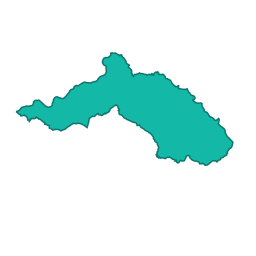 the district of Boita, Sibiu, Romania, rotated 231°
{"feature_id": "2599482B22566018215813", "entity_name": "Boita", "entity_type": "district", "adm_level": 2, "iso_a3": "ROU", "parent_name": "Romania", "parent_adm1": "Sibiu", "projection": "equal_earth", "projection_center": [24.183, 45.583], "detail": "fine", "context": "isolated", "style": "filled", "palette": "teal", "viewbox_px": 256, "rotation_deg": 231, "n_neighbors": 0, "source": "geoboundaries", "source_scale": "gbopen_adm2", "svg_char_len": 5915}
<svg xmlns="http://www.w3.org/2000/svg" viewBox="0 0 256 256"><g transform="rotate(231 128 128)"><path d="M210.9,58.3L210.2,54.8L210.5,52.8L211.0,52.2L210.6,51.5L207.8,51.9L205.4,52.7L205.0,52.3L204.2,53.2L203.6,54.9L203.1,55.2L203.2,55.6L200.2,56.4L198.8,56.0L197.6,55.1L196.0,55.5L196.1,56.0L195.3,55.6L195.8,57.9L195.9,58.1L196.3,58.1L196.2,58.6L196.1,59.0L195.5,59.5L195.3,60.1L194.6,60.5L193.7,62.3L194.0,62.6L194.3,63.7L191.8,64.2L191.8,64.4L190.9,64.4L190.9,64.9L189.7,65.4L186.8,65.7L184.6,66.6L183.5,65.6L183.0,65.9L182.2,66.8L180.9,67.2L179.4,68.3L177.5,66.8L175.7,67.9L173.5,68.3L172.9,70.3L170.8,72.9L167.9,74.1L167.8,75.3L166.7,78.2L166.7,82.2L166.3,84.4L166.3,86.2L166.0,87.9L166.2,88.5L165.2,89.1L164.3,90.0L164.0,90.6L163.3,91.4L163.2,92.2L160.6,94.3L157.7,95.6L154.1,96.5L157.6,101.5L158.5,102.3L159.9,104.2L159.7,104.4L159.6,107.0L159.3,108.0L158.1,109.1L158.4,112.2L158.0,113.9L156.9,113.5L155.3,114.9L154.4,115.3L154.1,116.2L154.0,118.3L153.1,119.5L153.7,119.7L153.3,120.0L153.4,120.4L152.7,121.8L152.6,122.9L153.0,123.4L152.8,123.7L153.0,124.3L152.9,124.6L153.9,125.8L154.0,127.1L154.0,128.5L153.8,129.9L154.0,130.6L153.2,133.6L152.7,133.4L150.9,133.7L149.9,133.0L147.8,133.0L147.8,132.8L148.0,132.1L147.9,131.5L146.3,131.4L144.7,130.1L143.9,129.9L143.2,130.5L142.6,130.7L142.1,131.3L138.2,131.4L137.1,131.8L136.0,132.5L134.9,132.6L134.3,133.4L133.4,133.5L132.5,134.2L131.3,134.5L130.5,135.2L129.6,135.4L128.7,135.9L128.3,136.5L127.7,137.1L126.8,137.4L125.6,137.4L124.4,136.7L124.1,136.7L123.7,137.1L123.3,138.5L123.0,138.8L120.5,138.4L117.8,139.5L115.5,139.9L112.4,141.3L111.4,141.2L110.4,141.9L109.2,141.9L108.3,142.4L106.7,142.0L104.9,142.1L104.4,141.8L103.7,141.0L103.2,140.9L102.0,141.4L101.2,140.7L100.4,140.5L98.4,141.4L97.9,141.4L97.2,140.6L93.5,139.6L93.2,139.3L93.0,138.7L92.6,138.0L91.4,136.9L91.0,136.4L91.0,135.4L89.9,134.5L89.4,134.3L89.5,133.1L89.0,132.9L88.4,133.6L87.8,133.8L87.7,133.6L87.8,132.5L87.3,132.4L86.9,132.5L86.5,133.0L85.3,133.1L85.4,134.0L84.3,134.1L84.2,135.0L83.4,135.4L83.0,136.2L80.7,137.7L80.7,138.7L80.3,140.6L79.5,141.2L79.3,142.0L76.7,142.9L75.7,143.0L75.5,143.4L74.7,143.6L74.0,144.3L73.7,144.3L72.6,143.7L72.5,144.0L72.8,145.0L72.6,145.2L71.7,144.5L70.2,144.3L69.3,145.1L69.1,145.7L69.5,146.3L69.5,147.1L69.9,147.8L69.8,148.3L69.5,148.6L68.6,148.9L67.9,150.0L67.3,150.6L67.2,151.1L67.3,151.7L67.9,152.7L68.1,153.4L69.4,156.0L69.2,156.9L68.6,157.7L67.2,157.9L65.9,157.3L62.9,157.7L60.6,158.8L59.6,159.9L58.0,161.0L57.4,161.6L56.7,161.7L55.4,161.2L54.8,161.2L54.4,162.1L53.6,162.9L53.9,163.7L53.7,163.9L53.2,164.2L52.5,164.2L51.8,164.5L50.6,164.4L49.4,166.2L49.2,166.9L49.2,168.0L49.3,169.2L49.3,170.2L49.4,170.7L49.4,172.6L49.2,173.2L47.8,174.7L47.8,175.2L47.4,175.5L46.9,175.8L46.2,175.5L45.6,175.9L45.9,177.6L45.7,178.9L45.4,179.5L45.5,180.5L45.7,180.8L46.1,181.1L46.2,181.5L45.8,182.2L45.4,183.5L45.4,184.8L45.0,187.1L45.2,187.7L45.1,187.9L45.8,188.7L45.9,189.1L45.9,189.6L47.1,190.2L47.8,193.2L48.2,193.6L48.1,194.3L47.7,195.0L48.0,196.6L49.5,198.9L51.0,200.6L55.6,200.2L56.8,200.2L58.7,199.7L62.7,200.5L65.3,202.0L67.3,202.2L67.7,202.2L68.2,201.8L69.5,201.7L70.2,201.3L74.2,200.7L76.5,203.4L77.2,204.1L78.1,204.5L78.4,204.4L78.3,202.5L78.6,201.2L79.4,200.4L79.9,200.3L80.1,200.1L81.2,200.4L82.4,200.2L83.8,199.7L84.8,199.0L85.8,198.8L89.4,199.2L90.6,199.2L91.5,198.4L92.6,197.9L93.3,198.0L94.6,198.9L97.2,199.1L99.3,199.7L99.5,199.8L100.0,200.7L100.6,200.9L101.6,200.4L102.2,199.3L104.5,196.9L105.8,196.3L106.7,196.4L108.3,195.6L108.7,195.7L109.1,196.1L109.0,196.6L108.6,197.5L108.7,198.5L109.7,199.2L110.4,199.4L112.0,199.1L113.5,197.9L114.5,197.7L116.1,198.0L118.2,197.8L119.9,198.2L121.0,198.7L121.4,198.4L121.3,197.8L121.7,197.1L122.8,196.0L123.4,195.0L124.7,194.1L125.7,193.0L126.5,192.6L127.0,192.1L127.5,192.3L128.1,193.2L129.1,193.9L129.3,193.5L129.3,192.3L129.5,191.7L130.1,191.0L130.5,191.2L131.4,190.8L132.9,190.4L133.7,190.5L134.7,190.2L138.4,191.0L140.5,189.9L141.5,189.6L142.1,188.9L142.8,188.5L143.6,188.6L144.6,189.3L145.5,189.2L146.5,189.3L147.3,189.2L148.1,188.6L148.5,187.5L149.5,186.6L149.9,185.7L150.3,185.8L151.5,186.5L151.8,186.4L151.9,185.8L152.2,185.7L152.4,185.8L152.7,186.5L152.9,186.5L153.3,185.3L154.0,184.6L154.2,184.1L153.7,181.9L153.0,181.6L152.8,181.2L153.7,180.5L154.3,180.9L155.2,180.9L155.2,180.5L154.9,180.1L154.7,179.7L155.7,178.9L156.6,177.9L156.9,176.5L157.4,176.0L158.5,175.6L159.4,174.5L160.6,173.9L161.7,172.9L162.2,172.1L163.5,171.7L163.7,170.3L164.7,167.8L165.6,166.6L165.3,166.1L165.3,165.5L164.6,165.0L164.6,164.6L165.9,164.6L167.0,164.8L168.0,165.6L169.0,165.6L169.8,166.7L171.2,167.2L175.2,166.6L175.6,167.1L175.7,168.2L176.2,168.6L178.4,167.7L179.6,167.6L180.1,167.7L180.9,168.4L184.6,168.8L185.8,168.5L187.4,168.5L188.7,169.0L189.1,168.9L189.2,168.7L189.4,167.8L189.2,167.3L189.3,167.1L189.7,167.0L190.7,167.0L191.7,166.2L194.2,165.3L195.0,164.4L195.1,163.9L195.8,163.2L196.4,162.9L197.0,161.5L196.3,161.4L195.7,161.0L195.3,159.4L195.3,157.8L195.4,157.0L195.7,156.2L197.1,154.5L197.3,153.4L197.2,152.5L196.5,150.9L196.0,150.3L195.0,149.5L193.8,149.0L192.5,148.9L191.9,149.0L190.5,149.7L189.3,149.6L187.9,148.3L185.6,146.8L184.9,146.0L184.2,144.5L184.0,143.4L184.5,141.4L185.2,139.4L185.3,137.4L184.9,135.5L184.3,133.9L184.3,133.1L184.4,132.6L185.8,129.9L186.0,129.2L186.1,127.5L186.3,127.5L189.6,124.1L190.7,123.4L191.1,122.9L191.6,121.2L192.2,115.6L192.5,115.3L193.4,114.9L194.0,113.4L194.0,112.5L192.9,110.3L193.1,109.1L193.7,108.1L193.7,107.5L193.5,106.0L192.7,104.4L192.3,101.9L191.8,100.7L191.5,96.8L192.4,95.3L195.4,93.2L196.8,92.6L197.4,91.7L197.7,90.2L196.9,87.9L195.7,86.6L194.5,84.4L193.6,83.6L193.2,83.0L193.1,81.7L193.2,81.1L193.8,80.2L194.3,79.1L195.8,78.1L197.4,77.6L203.3,76.8L205.5,76.4L205.9,76.0L206.8,74.5L207.7,73.6L208.0,72.9L207.8,72.4L207.7,71.0L206.6,69.9L205.9,68.7L205.8,67.9L207.4,64.4L208.8,63.2L210.9,58.3Z" fill="#14b8a6" stroke="#0f766e" stroke-width="1.5"/></g></svg>